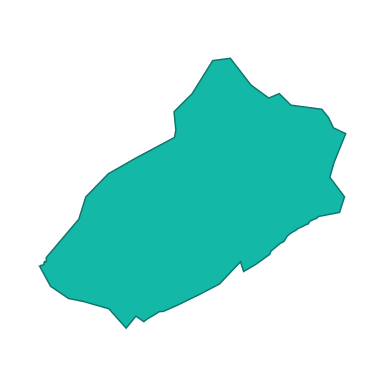 Gurvanbulag, Bulgan, Mongolia, rotated 85°
{"feature_id": "93677404B1659658679068", "entity_name": "Gurvanbulag", "entity_type": "district", "adm_level": 2, "iso_a3": "MNG", "parent_name": "Mongolia", "parent_adm1": "Bulgan", "projection": "albers", "projection_center": [103.52, 47.744], "detail": "fine", "context": "isolated", "style": "filled", "palette": "teal", "viewbox_px": 384, "rotation_deg": 85, "n_neighbors": 0, "source": "geoboundaries", "source_scale": "gbopen_adm2", "svg_char_len": 1723}
<svg xmlns="http://www.w3.org/2000/svg" viewBox="0 0 384 384"><g transform="rotate(85 192 192)"><path d="M275.7,147.5L269.7,134.8L260.8,119.9L259.0,119.2L257.6,118.2L251.3,109.2L250.2,107.4L250.3,107.0L250.2,106.6L249.7,105.6L249.0,104.4L245.0,101.6L242.7,99.0L240.7,95.3L239.9,93.6L239.5,92.6L239.1,91.6L238.4,90.8L237.7,89.8L236.7,87.0L236.2,85.4L235.8,84.6L235.7,84.2L235.5,83.9L235.4,83.3L235.2,83.1L235.0,82.7L234.9,82.5L234.5,81.2L234.2,80.4L234.0,79.1L233.4,78.6L232.6,78.1L232.0,77.6L231.6,77.2L231.1,76.3L230.8,75.5L230.6,75.0L230.4,74.5L230.3,74.1L230.1,73.7L229.5,72.5L229.5,72.1L229.5,71.2L229.3,70.6L228.9,69.9L228.6,69.6L228.2,69.1L227.8,68.7L227.4,68.0L225.2,46.8L215.7,42.8L210.1,40.5L189.3,53.4L174.7,47.8L147.3,33.8L140.4,45.5L129.6,49.6L120.9,55.5L114.1,85.9L101.6,96.5L105.1,107.3L94.9,119.1L90.5,124.0L62.1,142.2L62.9,159.9L94.2,183.4L98.5,188.6L102.6,193.5L110.5,202.9L128.9,202.7L136.1,204.7L153.3,245.0L166.5,273.7L172.0,280.1L177.6,286.6L187.6,298.2L209.2,307.1L244.6,342.9L245.5,343.0L248.2,343.0L248.5,343.3L248.6,343.5L248.8,343.8L248.8,344.0L248.6,344.2L248.4,344.5L248.5,344.9L248.8,345.1L249.1,345.3L249.4,345.5L249.6,345.6L249.8,345.7L250.0,345.5L250.2,345.4L250.3,345.4L250.6,345.6L250.8,345.7L251.0,345.9L251.3,346.0L251.5,346.2L251.6,346.3L251.7,346.5L251.8,347.2L251.8,347.5L251.9,348.1L251.9,348.8L251.9,349.0L252.0,349.1L252.5,349.0L252.9,349.1L253.0,349.2L253.0,349.5L252.9,349.9L252.8,350.2L273.6,341.1L287.3,324.3L291.9,308.8L292.0,308.7L301.1,285.0L321.9,269.5L310.8,258.7L317.0,251.3L314.4,247.4L311.1,240.3L308.4,235.1L308.4,230.8L303.2,215.5L303.1,215.3L294.5,193.0L294.4,192.8L286.0,172.6L265.7,149.8L275.7,147.5Z" fill="#14b8a6" stroke="#0f766e" stroke-width="1.5"/></g></svg>